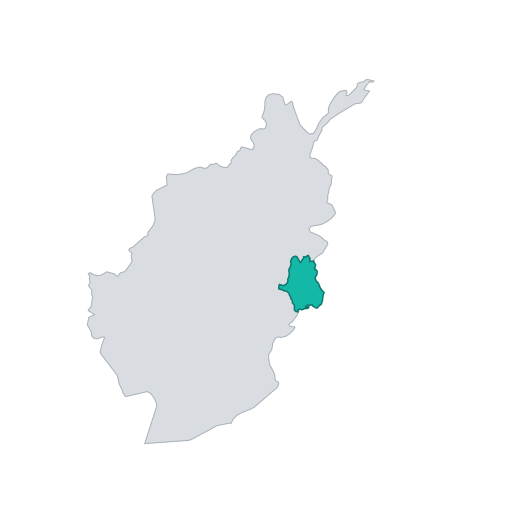 where Paktika sits in Afghanistan, rotated 334°
{"feature_id": "AFG-1759", "entity_name": "Paktika", "entity_type": "Province", "adm_level": 1, "iso_a3": "AFG", "parent_name": "Afghanistan", "parent_adm1": "", "projection": "albers", "projection_center": [68.71, 32.511], "detail": "fine", "context": "in_parent", "style": "filled", "palette": "teal", "viewbox_px": 512, "rotation_deg": 334, "n_neighbors": 0, "source": "natural_earth", "source_scale": "10m", "svg_char_len": 6552}
<svg xmlns="http://www.w3.org/2000/svg" viewBox="0 0 512 512"><g transform="rotate(334 256 256)"><path d="M230.1,150.9L238.9,150.3L244.8,151.5L247.9,154.6L251.0,155.4L254.0,154.0L255.9,153.7L256.6,154.7L258.1,155.1L260.4,155.0L261.7,155.9L262.0,157.7L263.7,160.1L266.8,163.0L269.5,163.7L273.1,161.5L274.3,161.7L274.9,161.0L275.3,159.4L277.5,157.9L281.4,156.5L283.7,155.2L284.5,154.2L285.8,153.9L287.3,154.2L288.3,153.8L289.1,152.4L290.5,151.8L291.7,152.1L297.1,157.2L299.3,158.8L300.2,158.5L302.9,155.7L303.3,153.1L302.5,149.7L303.0,147.0L304.8,145.0L308.1,143.7L312.9,143.2L315.9,143.4L317.0,144.5L318.4,145.0L320.3,145.1L322.0,143.9L323.5,141.3L323.5,138.2L322.1,134.5L322.5,133.3L324.9,131.4L327.4,128.6L329.8,124.9L332.1,120.5L335.0,117.7L338.5,116.6L342.7,117.7L347.8,121.0L349.8,125.2L348.7,130.2L348.6,133.0L349.7,133.5L355.4,132.4L356.1,133.1L356.1,134.5L355.3,136.6L354.5,142.6L353.1,157.3L355.7,166.0L357.5,169.4L359.2,170.5L360.9,170.9L362.6,170.5L366.0,168.2L371.2,163.8L376.2,161.1L383.6,159.4L385.9,154.9L389.2,151.8L396.8,147.2L401.0,145.3L403.4,144.9L409.4,146.3L409.8,147.6L409.4,149.1L407.8,150.3L407.3,151.3L408.0,151.9L410.4,152.0L420.6,148.5L422.7,145.7L424.9,145.5L429.3,146.4L432.6,145.8L434.5,146.9L438.7,150.5L437.4,150.8L435.6,150.2L434.5,149.0L430.4,150.9L425.9,153.5L426.1,154.2L430.4,157.5L421.9,161.8L418.2,164.2L417.3,164.4L411.4,162.6L395.2,164.0L382.9,165.6L378.2,167.8L373.7,168.9L371.5,170.0L370.0,172.1L363.3,176.9L362.1,178.6L358.3,178.6L354.5,183.1L348.8,188.6L347.7,191.1L348.6,192.3L351.7,194.2L353.2,196.0L355.5,201.0L356.5,204.6L357.8,206.2L358.7,210.5L357.3,213.0L357.4,214.2L359.4,217.4L358.9,218.4L357.5,220.0L355.3,224.2L351.3,227.4L349.6,230.2L346.8,233.3L345.7,235.9L344.5,237.3L343.2,238.1L343.5,239.4L344.7,241.1L346.6,243.0L346.7,250.7L345.7,252.9L340.5,255.1L335.5,256.1L329.4,256.3L327.1,256.0L318.5,253.3L315.8,254.7L315.3,258.1L320.2,263.6L322.3,266.6L324.6,271.8L326.3,274.4L325.7,276.9L316.9,282.5L311.3,283.1L307.8,284.1L306.1,285.5L304.8,291.3L303.6,293.4L303.6,295.9L302.5,298.8L300.6,300.7L299.4,303.7L300.5,319.1L295.3,325.3L292.4,327.5L289.7,328.5L287.4,328.2L284.5,324.6L282.5,323.3L280.5,323.6L278.4,324.8L275.2,324.4L272.4,323.1L271.0,323.3L270.2,324.5L267.2,327.1L259.8,331.1L256.8,331.4L255.5,332.3L256.0,334.0L257.3,335.4L259.6,336.3L259.7,337.4L255.9,339.4L252.1,340.7L247.7,341.2L243.2,340.4L240.9,338.6L238.1,338.3L235.6,339.6L232.9,341.7L229.2,347.0L223.9,350.3L222.5,353.6L220.7,359.6L221.0,368.6L220.3,372.5L219.1,375.1L219.3,377.1L221.0,379.5L220.2,381.0L218.7,382.6L217.2,383.5L187.8,391.2L183.0,391.3L180.6,390.8L172.3,390.5L168.8,391.0L165.3,392.0L162.7,393.4L160.6,395.4L157.2,394.1L146.4,391.4L116.8,392.6L114.1,392.0L73.7,375.8L101.0,347.4L101.8,345.0L102.3,340.0L101.1,333.4L98.8,330.2L76.9,325.1L76.5,320.0L77.0,317.7L76.9,313.2L77.2,309.8L78.6,304.3L78.8,301.8L73.7,276.2L73.9,273.8L78.4,268.3L84.0,263.1L83.8,262.0L81.2,261.2L77.3,260.9L75.3,259.9L73.8,258.2L73.3,255.9L74.7,251.9L74.2,244.0L78.8,237.8L85.1,237.9L82.2,232.8L81.6,232.2L81.4,231.4L81.8,230.6L83.4,230.4L87.4,227.6L87.7,225.9L91.2,221.6L91.1,219.6L93.5,214.4L92.6,210.7L92.6,208.8L94.9,207.7L96.7,202.8L97.6,201.6L97.8,200.4L97.5,198.3L99.6,198.2L101.3,200.9L104.2,203.8L106.1,204.7L108.6,205.3L114.2,204.8L115.3,205.0L120.8,210.1L121.7,211.4L122.1,213.3L123.0,213.9L125.1,212.2L127.1,211.7L130.8,212.4L132.8,211.9L142.4,206.5L143.3,202.7L144.3,200.6L145.7,199.4L144.3,195.0L144.9,194.2L146.2,193.9L149.3,194.0L163.6,190.0L167.3,190.1L168.1,189.8L168.4,188.5L169.5,187.1L176.3,183.9L180.3,180.5L181.8,177.9L188.8,156.3L192.3,154.5L195.7,153.3L207.3,153.2L209.6,146.6L210.7,145.0L212.7,143.6L221.1,148.5L230.1,150.9Z" fill="#d9dde1" stroke="#a8b0b8" stroke-width="1"/><path d="M301.0,319.0L299.7,320.0L299.0,320.8L296.1,325.3L295.8,325.7L295.4,326.0L295.0,326.5L294.2,327.3L293.2,328.0L292.5,328.3L291.6,328.2L290.7,328.5L289.0,329.4L288.0,329.5L287.2,329.0L286.0,327.3L285.4,326.5L285.2,326.0L285.1,324.7L284.9,324.4L284.6,324.2L283.1,323.9L281.5,323.0L280.7,322.7L280.1,322.7L279.4,322.9L278.3,323.5L277.8,323.9L277.9,324.2L278.3,324.4L278.9,324.5L280.5,324.5L281.0,324.6L281.2,324.8L280.9,325.2L280.3,325.6L279.9,325.7L278.9,325.5L276.1,324.5L275.1,324.5L274.0,324.5L273.5,324.4L273.1,324.1L272.9,323.7L272.2,323.1L271.6,322.8L270.9,322.6L270.4,322.6L270.1,323.0L269.5,324.3L269.3,324.6L269.1,324.5L268.2,323.9L267.7,323.5L267.5,323.3L267.4,323.0L267.2,322.7L267.1,322.1L267.0,321.5L267.0,321.1L267.0,320.9L267.0,320.7L267.9,319.3L268.4,318.2L268.7,317.3L268.8,317.0L268.8,316.9L268.8,316.7L268.6,315.5L268.2,314.1L268.9,312.4L269.1,311.6L269.0,311.3L269.0,311.1L268.7,309.8L268.6,309.4L268.7,309.2L268.8,309.0L269.0,308.6L269.1,307.4L268.9,306.2L268.9,305.8L269.0,305.5L269.2,304.9L269.2,304.7L269.1,304.1L268.9,303.2L268.4,301.5L268.3,301.3L268.2,301.2L267.6,300.9L267.4,300.8L266.3,299.7L265.5,299.2L265.3,298.8L265.1,298.1L262.7,296.2L262.1,295.6L262.1,295.3L262.2,295.2L263.3,293.3L264.6,291.8L266.8,294.0L267.8,294.7L268.1,294.8L268.3,294.8L268.6,294.7L270.2,294.6L270.9,294.5L271.6,294.2L272.0,294.0L273.0,293.2L273.7,292.5L273.9,292.1L274.0,291.6L274.0,291.3L274.1,291.2L274.3,291.0L274.6,290.7L276.5,289.0L276.8,288.4L277.0,288.1L278.0,286.9L279.2,283.3L279.4,282.9L279.7,282.5L282.2,280.7L283.7,278.9L284.0,278.5L284.3,278.0L284.4,277.5L284.6,276.9L284.8,276.0L285.1,275.6L286.9,274.0L287.0,273.9L288.9,273.2L289.6,273.1L290.0,273.4L290.3,273.5L290.5,273.4L290.8,273.3L291.0,273.3L291.6,273.6L291.8,273.8L292.1,274.4L292.5,274.9L292.6,275.1L292.6,275.3L292.6,275.6L292.5,277.1L292.6,277.7L292.8,279.5L292.7,279.9L292.7,280.1L292.8,280.5L293.0,281.2L293.1,281.4L293.3,281.4L293.8,281.2L294.2,281.0L294.9,280.3L295.9,279.7L297.2,279.1L298.1,278.5L298.3,278.3L298.3,278.2L298.3,277.9L298.3,277.7L298.5,277.6L298.8,277.7L298.9,277.8L299.0,277.8L299.2,278.0L300.0,278.6L300.5,278.7L301.0,278.7L302.2,278.2L302.6,278.2L302.8,278.3L303.4,278.5L303.1,279.7L303.1,280.0L303.3,280.4L303.4,280.7L303.5,281.4L303.5,281.7L303.4,282.0L302.6,283.1L301.9,284.0L302.0,284.8L303.0,284.8L305.5,285.7L305.2,286.3L305.7,289.6L305.5,290.5L305.3,290.7L304.7,291.2L304.0,292.1L303.1,292.8L302.9,293.2L302.9,293.8L303.0,294.0L303.5,294.4L303.7,294.5L303.9,294.6L303.9,294.8L304.0,295.4L304.3,296.4L304.2,296.8L303.9,297.4L302.5,299.5L302.0,299.9L301.0,300.3L300.4,300.6L299.6,301.6L299.2,302.8L299.0,304.1L299.3,305.4L300.0,307.1L300.1,307.8L300.1,308.5L299.9,309.8L299.9,311.1L299.7,312.4L299.7,313.1L300.2,316.0L301.1,318.4L301.1,318.8L301.0,319.0Z" fill="#14b8a6" stroke="#0f766e" stroke-width="1.5"/></g></svg>